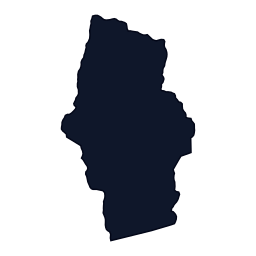 outline of Bonito, Bahia, Brazil
{"feature_id": "56859067B59206206235036", "entity_name": "Bonito", "entity_type": "district", "adm_level": 2, "iso_a3": "BRA", "parent_name": "Brazil", "parent_adm1": "Bahia", "projection": "robinson", "projection_center": [-41.324, -11.969], "detail": "fine", "context": "isolated", "style": "filled", "palette": "ink", "viewbox_px": 256, "rotation_deg": 0, "n_neighbors": 0, "source": "geoboundaries", "source_scale": "gbopen_adm2", "svg_char_len": 2771}
<svg xmlns="http://www.w3.org/2000/svg" viewBox="0 0 256 256"><path d="M177.4,100.0L175.5,97.9L175.3,95.7L174.4,93.8L172.5,93.1L171.1,92.3L168.3,91.9L166.0,91.9L163.9,90.9L161.6,90.6L160.7,89.3L161.4,86.8L161.4,84.0L162.8,82.5L163.4,80.7L163.9,79.0L163.5,77.4L161.8,74.9L162.7,72.5L162.7,70.8L163.0,68.5L164.5,65.8L164.8,63.6L165.2,61.8L166.0,59.4L166.7,56.8L166.9,54.4L166.7,52.3L165.9,49.5L164.6,47.4L164.2,45.6L164.3,43.6L164.7,41.5L163.7,39.7L161.1,39.5L158.4,40.2L156.5,40.8L154.8,40.5L152.5,39.6L147.3,34.7L145.2,35.1L143.0,35.0L141.1,34.2L139.2,33.3L137.6,32.1L135.5,31.8L132.7,31.4L130.2,30.9L128.2,31.0L127.1,28.8L126.8,26.3L126.3,23.8L124.7,22.6L123.2,22.1L121.5,21.5L119.3,21.4L117.8,20.6L116.1,19.2L114.4,18.7L112.2,19.1L110.1,19.7L108.5,19.9L106.1,20.1L104.0,19.7L102.2,18.4L101.0,17.3L98.9,16.1L97.4,15.4L95.2,15.4L92.6,16.1L92.0,18.6L91.0,21.1L91.2,23.6L90.6,25.9L90.3,28.0L89.7,30.7L89.9,32.9L90.0,34.7L89.9,36.4L89.7,38.5L88.6,41.2L87.8,42.6L86.5,43.9L86.0,45.7L86.3,47.5L85.7,49.6L85.3,51.6L84.9,53.2L84.1,55.0L83.8,57.6L82.2,59.7L81.2,62.2L81.3,64.4L81.0,66.7L80.2,68.9L78.6,71.2L77.9,74.3L78.0,77.4L77.8,79.6L78.0,81.3L77.5,83.7L77.5,86.8L78.5,89.7L78.5,91.5L78.6,93.6L77.8,95.6L76.0,98.0L75.5,100.2L74.6,101.9L73.8,103.7L74.3,105.3L76.2,107.0L75.5,109.0L73.5,111.2L71.5,113.1L69.3,114.5L67.5,114.4L65.4,115.4L64.4,117.9L63.0,120.0L62.1,122.3L62.0,125.0L61.6,127.1L61.5,129.1L62.8,131.0L64.1,132.0L66.4,134.1L66.7,137.0L80.8,145.6L81.4,148.2L82.6,150.9L83.1,153.8L82.5,156.0L81.5,158.1L83.0,159.5L84.3,161.6L85.7,164.0L87.2,166.0L87.9,168.2L87.2,170.4L85.9,171.9L85.7,174.1L86.8,176.5L87.4,179.4L87.9,181.9L88.8,184.0L89.5,185.6L90.1,187.2L91.4,188.7L92.9,189.3L94.7,189.3L96.6,189.3L99.3,189.9L101.3,190.3L103.0,190.7L104.7,192.7L105.0,195.6L104.9,197.5L104.4,199.4L103.6,201.6L103.8,203.5L103.6,205.7L103.5,208.3L103.6,210.0L103.2,212.9L104.3,215.6L105.1,217.6L105.5,219.7L105.5,221.9L105.4,224.9L105.8,227.5L106.5,229.4L107.7,230.6L109.7,231.8L110.7,234.2L110.6,235.9L110.4,238.0L110.9,240.6L151.4,230.6L171.3,224.7L174.4,223.6L175.3,221.8L176.2,219.2L176.4,216.6L175.7,214.8L174.8,213.5L173.2,211.8L171.2,211.2L171.6,208.4L173.1,206.6L173.9,204.9L175.1,203.4L176.4,202.0L177.4,200.4L178.1,198.9L178.8,196.5L179.5,194.3L178.7,192.1L176.2,191.6L174.5,190.2L174.7,188.4L174.9,186.4L174.8,184.4L174.7,182.0L174.0,180.2L173.7,177.8L173.9,175.3L174.4,173.3L173.8,171.8L173.1,169.5L178.7,159.7L180.9,156.1L189.4,153.1L191.0,152.5L190.7,137.8L192.4,136.7L193.7,135.0L194.2,132.8L194.5,130.3L194.3,128.0L194.3,126.0L194.2,124.0L193.1,122.5L191.7,120.9L190.9,118.5L187.7,118.1L185.9,117.4L185.9,114.9L185.3,113.0L183.8,111.3L182.5,109.1L182.2,106.1L182.2,103.9L180.7,102.4L178.6,101.9L177.4,100.0Z" fill="#0f172a" stroke="#020617" stroke-width="1.5"/></svg>